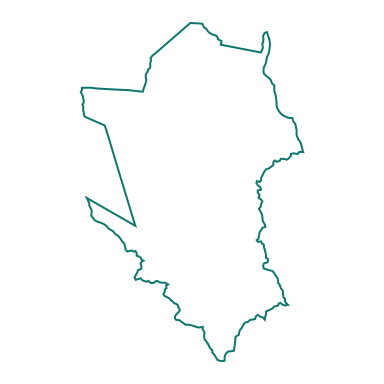 Irauçuba, Ceará, Brazil (orthographic projection)
{"feature_id": "56859067B61875924622713", "entity_name": "Irauçuba", "entity_type": "district", "adm_level": 2, "iso_a3": "BRA", "parent_name": "Brazil", "parent_adm1": "Ceará", "projection": "orthographic", "projection_center": [-39.789, -3.889], "detail": "fine", "context": "isolated", "style": "outline", "palette": "teal", "viewbox_px": 384, "rotation_deg": 0, "n_neighbors": 0, "source": "geoboundaries", "source_scale": "gbopen_adm2", "svg_char_len": 4309}
<svg xmlns="http://www.w3.org/2000/svg" viewBox="0 0 384 384"><path d="M288.0,304.9L285.7,302.7L285.0,300.9L285.0,298.9L283.4,297.1L283.0,293.7L282.8,290.6L281.0,288.5L280.1,286.3L279.5,284.3L278.1,283.0L278.1,280.7L277.8,279.0L277.1,277.4L275.7,275.7L274.9,274.1L273.8,272.6L272.2,270.8L269.0,270.2L266.1,269.2L263.8,268.5L263.1,266.0L263.7,263.7L265.3,262.9L267.2,262.5L268.1,261.0L267.6,258.7L265.9,257.8L266.0,254.8L265.2,251.6L264.7,249.2L264.0,247.6L263.7,244.4L262.0,243.5L261.0,241.4L257.9,241.9L256.7,240.1L258.4,239.0L258.9,236.2L259.4,233.9L259.6,232.0L261.2,230.1L262.1,228.1L263.7,227.4L265.4,227.0L265.0,224.9L262.7,220.8L262.4,217.3L262.0,214.6L260.5,211.5L258.9,208.8L260.6,206.9L261.1,203.9L262.4,201.3L261.1,199.6L258.6,197.9L259.6,195.2L257.7,192.6L257.7,190.5L261.1,189.7L260.1,187.1L257.9,185.4L256.4,182.9L257.0,181.1L259.6,181.9L261.0,180.6L261.3,177.7L262.9,174.5L264.1,172.0L265.9,169.4L269.0,168.4L273.3,165.1L273.3,162.0L274.8,160.5L277.0,161.8L279.8,160.8L280.8,158.8L283.3,158.9L286.8,159.6L288.3,158.8L290.9,155.8L291.0,153.9L293.6,153.3L295.9,153.7L297.7,154.0L298.9,152.2L300.6,151.8L303.2,152.1L302.6,150.4L302.3,148.8L301.5,146.2L301.0,143.8L299.9,141.4L298.4,139.5L297.5,137.5L296.7,135.4L296.5,133.1L296.7,130.8L296.2,128.1L295.7,125.8L295.2,123.6L293.7,122.0L293.0,120.2L292.4,118.1L290.2,117.9L288.2,117.9L285.6,116.5L283.3,115.6L281.9,114.5L280.3,112.9L279.0,111.3L277.9,109.3L277.0,107.7L276.6,106.0L276.6,103.7L276.5,101.2L276.0,98.8L275.9,96.1L274.9,93.0L274.3,90.9L274.3,88.6L274.3,85.3L272.1,83.6L271.3,81.6L270.5,79.4L268.3,77.5L266.0,75.7L263.8,73.5L263.5,71.3L263.7,68.1L264.3,66.3L265.5,64.2L266.2,61.4L266.5,59.1L267.2,56.6L268.4,54.0L269.2,51.3L269.4,49.4L269.8,46.7L270.0,44.2L269.6,41.6L269.5,39.8L268.9,38.0L268.2,36.0L267.6,34.4L267.1,32.2L264.9,32.7L263.6,34.8L263.0,36.6L263.5,38.5L263.2,40.3L263.3,42.2L262.2,43.7L262.6,45.7L262.9,47.7L262.1,50.2L260.9,52.5L220.7,44.7L221.6,41.2L219.7,40.2L217.9,39.1L217.6,37.4L216.4,35.9L214.6,35.1L212.2,34.5L209.7,33.0L207.1,30.4L206.3,28.7L204.6,27.8L203.5,26.3L202.4,23.8L198.8,23.4L190.3,23.0L154.6,54.0L152.5,55.5L150.6,57.9L151.0,60.4L150.2,63.4L150.3,66.1L149.9,68.2L148.0,69.6L147.7,71.3L146.7,73.0L145.8,74.4L145.7,77.0L146.3,80.2L145.7,82.9L144.9,85.2L144.1,87.5L143.4,89.4L142.8,91.7L128.7,90.2L111.0,89.3L95.7,88.4L90.9,87.7L82.1,87.8L81.9,90.0L80.8,92.3L81.9,94.2L82.9,96.5L83.3,98.9L83.8,101.2L83.5,103.0L82.4,104.7L83.4,107.2L83.1,109.8L83.5,111.5L83.9,113.9L84.3,115.9L85.9,117.2L104.8,125.5L108.0,135.6L119.7,174.5L135.3,225.8L86.8,198.0L88.0,200.6L89.3,203.2L89.2,205.3L90.0,207.1L91.1,209.0L91.8,210.7L91.5,213.1L91.3,215.7L93.5,218.7L94.9,220.4L97.1,221.6L100.0,222.5L102.9,223.6L104.9,224.8L106.3,225.8L108.7,228.7L113.1,231.2L115.1,234.0L118.5,236.1L121.0,239.4L122.4,241.9L124.2,243.3L125.3,247.6L125.5,249.4L127.0,251.4L129.2,251.2L131.8,250.4L133.5,251.6L135.4,251.0L136.7,253.1L136.6,255.7L139.2,256.5L140.7,257.8L141.5,259.5L143.4,260.7L141.7,261.5L140.5,263.4L141.5,266.4L141.1,268.9L138.0,270.1L137.1,272.8L135.4,275.8L134.6,277.6L135.7,279.8L138.1,279.1L140.7,278.3L142.4,280.3L146.6,281.8L148.4,280.8L150.8,283.0L153.7,283.0L155.6,281.2L157.6,281.1L159.3,282.1L161.0,282.7L165.0,282.7L168.1,284.4L166.1,285.7L166.5,288.3L164.9,289.3L164.7,291.7L163.4,294.3L164.6,296.0L166.7,296.9L168.2,297.8L169.8,298.9L171.0,300.4L172.7,301.4L174.2,303.3L176.0,303.7L177.6,304.8L178.4,307.4L179.8,309.6L179.4,311.3L176.2,314.5L175.1,316.3L174.9,318.2L176.2,319.9L179.5,320.2L181.3,321.7L183.3,322.9L185.4,324.7L188.5,324.7L191.2,325.2L198.1,327.5L200.2,327.3L202.8,326.9L202.6,329.3L203.8,331.0L204.6,333.0L204.1,335.3L204.2,337.6L204.7,339.3L205.9,340.8L207.5,343.2L209.0,345.6L209.7,347.6L210.7,349.0L212.4,350.3L212.2,352.4L214.7,355.2L216.0,357.5L217.4,359.9L220.8,361.0L224.5,360.8L224.7,356.5L225.7,354.0L227.0,352.4L228.9,351.3L231.3,351.3L234.0,350.7L234.4,347.3L234.8,345.1L235.2,341.9L235.3,339.3L235.4,337.0L237.0,335.8L238.8,334.8L239.1,332.5L240.0,329.9L241.9,327.8L243.0,325.4L245.0,322.6L247.8,322.0L250.0,320.0L254.9,319.1L256.1,316.1L257.8,314.9L260.8,316.9L262.8,317.4L264.8,319.7L265.2,317.1L266.1,313.6L266.1,311.5L269.9,309.7L272.5,308.4L274.1,306.6L278.2,305.5L278.7,303.5L280.6,303.0L282.8,304.8L285.4,305.5L288.0,304.9Z" fill="none" stroke="#0f766e" stroke-width="2"/></svg>